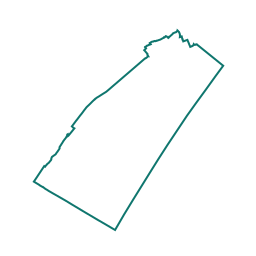 the district of Noordwijk, Zuid-Holland, Netherlands, rotated 187°
{"feature_id": "6326949B12806125708238", "entity_name": "Noordwijk", "entity_type": "district", "adm_level": 2, "iso_a3": "NLD", "parent_name": "Netherlands", "parent_adm1": "Zuid-Holland", "projection": "albers", "projection_center": [4.48, 52.27], "detail": "fine", "context": "isolated", "style": "outline", "palette": "teal", "viewbox_px": 256, "rotation_deg": 187, "n_neighbors": 0, "source": "geoboundaries", "source_scale": "gbopen_adm2", "svg_char_len": 4324}
<svg xmlns="http://www.w3.org/2000/svg" viewBox="0 0 256 256"><g transform="rotate(187 128 128)"><path d="M198.4,55.6L197.2,55.1L194.9,54.1L194.4,53.9L181.3,48.4L174.0,45.1L163.0,40.2L146.1,32.8L144.6,32.2L128.4,25.2L121.3,41.8L114.0,57.9L107.7,71.5L99.7,88.8L93.9,101.2L86.7,116.1L70.9,147.5L63.7,160.7L55.4,175.6L47.3,190.4L41.1,201.4L68.7,218.6L68.8,218.6L69.2,218.8L69.6,219.3L69.8,219.3L70.1,219.4L70.3,219.4L70.5,219.4L71.0,219.1L70.9,219.0L71.8,218.6L72.0,218.6L72.4,218.6L72.5,218.7L72.6,218.8L72.6,219.0L72.9,219.2L72.9,218.9L73.0,218.8L73.0,218.7L73.1,218.4L73.2,218.2L73.3,218.0L73.4,217.9L73.5,217.8L73.7,217.7L73.8,217.4L74.0,217.3L74.6,217.0L74.6,216.9L76.1,216.1L76.3,216.5L77.5,218.6L78.0,219.6L78.2,219.9L79.8,222.7L83.7,220.7L84.6,222.7L84.8,222.6L85.1,223.4L85.5,224.4L85.6,224.8L85.8,225.3L85.9,225.5L86.6,225.1L86.8,224.9L87.1,224.7L87.6,224.5L87.6,225.3L87.6,225.5L87.7,225.9L87.7,226.2L87.7,226.3L87.8,226.5L87.9,227.0L87.9,227.3L88.0,227.5L88.2,227.8L88.3,228.1L88.4,228.4L88.5,228.5L89.0,229.2L89.1,229.4L89.1,229.5L89.3,229.6L89.5,229.7L89.6,229.8L89.8,230.0L90.0,230.2L90.4,230.6L90.7,230.8L90.7,230.6L90.8,230.5L91.0,230.4L91.1,230.2L91.5,229.6L92.1,229.0L92.1,228.9L92.3,228.8L92.8,228.6L93.3,228.4L94.9,227.4L95.0,227.3L95.0,227.2L95.2,226.8L95.2,226.7L95.3,226.6L95.6,226.2L96.2,225.6L96.9,224.8L97.2,224.5L97.3,224.3L97.6,224.0L97.8,223.8L97.9,223.7L98.1,223.5L98.2,223.4L98.3,223.4L98.3,223.2L98.4,222.9L98.8,222.5L98.9,222.4L99.0,222.3L99.3,222.6L100.1,223.1L100.8,223.6L101.0,223.7L101.3,223.6L101.5,223.6L101.8,223.7L102.0,223.4L102.2,223.2L102.3,223.1L102.4,222.9L102.4,222.7L102.5,222.6L103.2,222.3L103.4,222.3L103.4,222.2L103.5,222.2L103.8,221.8L103.8,221.7L104.0,221.6L104.5,221.3L104.7,221.1L104.9,221.0L105.1,220.9L105.3,220.7L105.6,220.5L106.0,220.2L106.3,220.0L106.5,219.8L106.7,219.7L107.1,219.5L107.6,219.3L109.0,218.6L110.2,218.0L110.4,218.1L110.7,217.9L110.8,217.8L111.4,217.6L111.5,217.5L112.2,217.6L112.4,217.6L112.6,217.5L112.8,217.4L113.0,217.1L113.3,216.9L113.6,216.9L113.9,216.8L114.2,216.7L114.5,216.7L115.5,216.1L116.0,215.5L116.6,215.1L115.6,213.9L116.1,213.6L116.8,213.3L117.0,213.6L117.2,213.4L117.6,213.0L117.7,212.8L117.8,212.7L118.2,212.5L118.6,212.3L118.7,212.2L118.9,212.1L119.2,211.9L119.4,211.8L119.5,211.8L119.6,211.4L120.2,210.9L120.4,210.8L120.9,210.6L121.0,210.4L119.8,209.2L121.4,207.2L121.2,207.0L120.8,206.8L119.4,205.4L118.8,204.9L118.3,204.4L117.7,203.9L117.7,203.7L117.8,203.5L117.8,203.4L117.4,202.8L116.7,201.8L116.9,201.8L116.9,201.7L117.0,201.7L116.9,201.5L117.6,200.7L118.5,199.7L119.2,199.2L119.3,199.3L119.6,199.1L123.4,194.9L132.4,185.0L139.6,177.1L146.8,169.2L148.8,167.0L150.5,165.1L152.7,162.7L153.1,162.3L153.9,161.4L155.0,160.5L157.0,158.9L159.3,157.0L160.6,155.9L162.8,154.2L163.1,153.9L163.4,153.6L164.4,152.4L164.5,152.5L166.7,149.8L167.7,148.5L168.3,147.7L170.0,145.6L170.7,144.8L171.8,143.4L172.6,142.0L173.7,140.2L175.1,137.7L175.8,136.5L177.0,134.6L178.4,132.2L178.7,131.7L179.9,129.6L180.1,129.4L181.3,127.3L183.7,123.1L183.9,122.8L182.6,121.8L182.1,121.5L181.7,121.3L181.2,121.1L183.3,117.7L186.0,113.4L186.3,113.0L186.5,112.8L186.6,113.1L187.0,114.5L187.5,114.1L187.5,112.9L187.8,112.3L187.7,112.2L188.0,111.6L188.3,111.1L188.4,110.9L188.5,110.6L188.6,110.4L188.8,110.1L189.0,109.8L189.2,109.4L189.6,108.9L190.2,107.7L190.5,107.3L190.6,107.2L190.7,106.8L191.7,104.6L191.9,104.3L192.0,104.1L192.2,103.6L192.5,102.9L192.7,102.6L192.8,102.4L193.2,101.5L193.6,100.7L193.6,100.2L193.5,99.9L193.4,99.7L193.4,99.4L193.7,98.7L193.9,98.3L194.1,97.9L194.6,96.9L194.8,96.6L195.0,96.2L195.1,95.9L195.7,95.0L196.1,94.2L196.3,93.8L196.5,93.3L196.7,93.0L196.9,92.8L197.6,92.2L197.9,91.9L198.4,91.5L198.9,91.0L199.0,90.9L199.3,90.6L199.5,90.5L199.7,90.3L199.8,90.2L200.0,89.9L200.1,89.6L200.1,89.4L200.2,89.2L200.3,88.8L200.3,88.6L200.4,88.4L200.4,88.2L200.3,87.6L200.3,87.4L200.4,87.1L200.5,86.9L200.7,86.6L200.7,86.4L200.8,86.3L201.3,85.6L201.4,85.4L201.7,84.9L202.0,84.5L202.1,84.2L202.3,83.9L202.9,83.3L203.4,82.8L203.7,82.4L203.9,82.1L204.0,82.1L204.1,81.9L204.3,81.6L204.4,81.4L204.6,81.1L204.8,80.9L205.6,79.5L206.5,80.0L213.3,66.4L214.9,63.3L211.8,61.9L209.3,60.8L208.9,60.6L208.8,60.4L205.2,58.9L205.1,59.0L202.6,57.5L201.9,57.2L200.9,56.8L199.5,56.1L198.7,55.7L198.4,55.6Z" fill="none" stroke="#0f766e" stroke-width="2"/></g></svg>